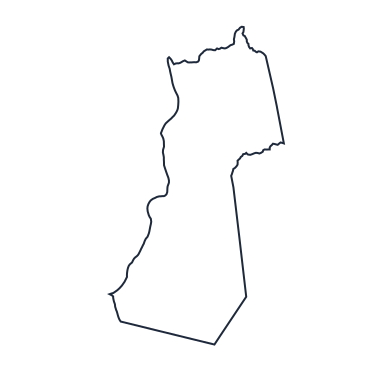 Sítio do Mato, Bahia, Brazil, rotated 170°
{"feature_id": "56859067B96329071012082", "entity_name": "Sítio do Mato", "entity_type": "district", "adm_level": 2, "iso_a3": "BRA", "parent_name": "Brazil", "parent_adm1": "Bahia", "projection": "robinson", "projection_center": [-43.472, -12.868], "detail": "fine", "context": "isolated", "style": "outline", "palette": "slate", "viewbox_px": 384, "rotation_deg": 170, "n_neighbors": 0, "source": "geoboundaries", "source_scale": "gbopen_adm2", "svg_char_len": 3365}
<svg xmlns="http://www.w3.org/2000/svg" viewBox="0 0 384 384"><g transform="rotate(170 192 192)"><path d="M290.9,105.7L288.9,104.2L287.8,102.9L288.0,101.5L288.0,100.0L287.9,97.8L287.6,96.1L287.4,94.7L287.6,92.3L287.4,90.9L287.2,89.1L286.8,87.4L286.6,85.5L286.4,83.2L286.1,81.0L285.6,78.9L284.7,76.8L250.7,61.8L214.6,45.9L196.4,37.9L189.5,45.2L156.8,79.4L153.3,138.3L150.4,189.4L150.6,201.1L149.6,202.7L148.8,204.3L148.0,205.7L147.3,207.5L145.8,208.1L144.6,208.9L143.4,209.9L142.4,211.0L141.9,213.1L141.7,214.9L140.2,215.9L138.9,216.7L137.9,218.0L136.2,218.8L135.0,220.4L133.1,220.3L131.8,221.1L130.7,219.4L129.3,218.8L128.0,218.5L126.2,218.8L124.0,219.3L122.3,219.5L120.8,219.1L118.9,218.2L117.2,218.6L115.3,219.4L114.6,220.8L113.2,221.3L111.3,220.9L108.1,220.4L107.7,222.4L106.6,223.6L105.2,224.4L103.9,225.5L102.5,225.0L100.8,224.2L99.4,223.6L97.9,224.5L96.2,225.4L94.6,224.7L93.1,223.9L93.6,259.4L93.6,261.4L94.1,279.9L95.8,313.0L96.8,314.8L97.8,316.2L98.9,317.2L100.1,318.3L102.2,319.0L103.8,318.3L104.9,319.1L105.8,320.3L107.1,320.7L107.3,322.2L108.0,323.4L109.8,323.3L110.6,324.9L110.9,326.6L110.7,328.1L111.5,329.1L111.9,330.8L111.6,332.4L112.0,333.8L112.5,335.1L112.9,336.4L114.2,337.3L114.7,339.4L113.6,340.6L113.0,342.5L112.6,343.8L112.5,345.5L114.4,346.1L116.2,345.4L118.0,343.8L119.4,343.5L120.9,342.4L122.3,340.4L123.0,338.2L123.5,336.8L124.2,335.2L124.3,333.0L125.1,330.6L126.9,330.1L128.6,329.9L129.7,329.3L131.3,328.5L132.7,328.0L133.9,327.7L135.2,327.8L136.4,328.3L138.0,329.0L139.5,328.3L140.9,328.1L142.4,329.0L144.6,327.6L146.3,328.0L148.1,328.9L149.6,329.3L151.2,329.4L152.6,329.8L154.9,328.9L156.1,328.4L157.1,327.4L159.2,326.2L161.2,324.4L161.7,322.5L162.3,320.5L163.3,319.4L165.2,319.0L167.6,319.5L169.9,319.7L171.8,320.0L173.4,320.3L174.6,321.3L176.2,322.8L178.1,322.4L181.0,321.3L182.8,321.0L184.1,321.3L185.7,321.4L187.6,320.9L188.5,322.9L189.1,325.1L189.9,326.8L191.2,328.7L192.7,327.7L193.2,324.6L193.1,320.5L192.6,317.3L192.6,314.6L192.5,312.3L192.3,308.9L192.3,306.5L192.3,304.3L192.3,302.7L192.1,300.7L191.8,298.4L191.2,295.3L190.7,293.4L190.2,291.7L189.5,289.5L189.2,287.0L189.7,283.3L190.5,279.9L191.4,276.8L192.2,275.2L193.2,273.8L194.3,272.5L196.3,270.4L198.1,269.2L199.7,268.0L201.6,266.9L203.7,265.6L206.0,264.1L207.6,262.4L209.0,260.5L210.2,258.9L211.5,256.7L212.4,255.3L212.2,253.9L211.5,251.7L211.0,249.7L210.9,246.9L211.3,244.3L211.7,241.5L212.4,240.1L213.2,238.5L213.8,236.0L213.7,233.5L213.7,231.1L214.1,228.9L214.4,226.4L214.9,223.2L214.5,220.2L213.9,216.2L213.4,213.2L212.8,210.1L212.7,207.3L213.1,205.2L214.0,203.6L215.0,201.9L215.5,200.3L216.0,198.0L216.4,196.2L217.6,194.1L219.2,193.1L220.4,192.8L222.2,193.1L223.6,193.2L225.2,193.4L227.5,193.2L229.4,192.6L231.9,192.0L234.2,190.8L235.8,189.3L237.1,187.6L238.2,185.6L238.8,183.5L239.0,180.6L238.8,178.7L238.6,176.8L238.0,174.6L237.2,172.9L237.3,169.8L238.2,167.3L239.1,165.2L240.2,162.3L240.8,160.7L241.7,158.7L242.6,157.2L243.6,155.6L245.6,154.0L247.0,152.1L247.8,150.7L248.5,149.4L249.5,148.2L250.9,146.2L252.0,144.8L253.0,143.3L255.4,140.1L256.3,139.2L257.6,138.3L259.2,137.5L260.6,136.5L261.8,135.1L263.3,133.0L265.7,131.6L267.0,130.4L268.1,128.6L268.9,126.9L269.4,125.5L270.0,123.6L270.5,121.6L270.8,119.6L274.0,115.3L277.3,112.0L280.0,109.9L282.5,108.3L284.6,107.3L287.0,106.2L289.1,106.0L290.9,105.7Z" fill="none" stroke="#1e293b" stroke-width="2"/></g></svg>